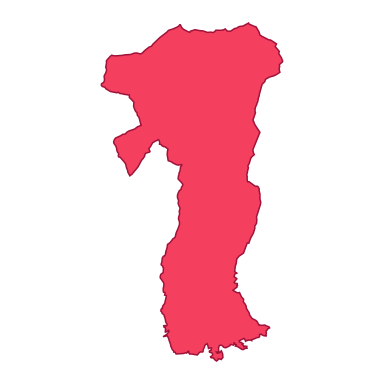 Maieru, Bistrita-Nasaud, Romania
{"feature_id": "2599482B60553702262624", "entity_name": "Maieru", "entity_type": "district", "adm_level": 2, "iso_a3": "ROU", "parent_name": "Romania", "parent_adm1": "Bistrita-Nasaud", "projection": "albers", "projection_center": [24.741, 47.474], "detail": "fine", "context": "isolated", "style": "filled", "palette": "rose", "viewbox_px": 384, "rotation_deg": 0, "n_neighbors": 0, "source": "geoboundaries", "source_scale": "gbopen_adm2", "svg_char_len": 6024}
<svg xmlns="http://www.w3.org/2000/svg" viewBox="0 0 384 384"><path d="M221.4,359.5L221.8,358.6L222.9,357.6L222.7,354.1L221.4,350.8L220.6,351.4L220.0,352.4L218.7,353.0L217.4,353.3L216.3,352.0L217.3,352.0L218.8,351.4L218.5,347.9L219.1,346.4L219.2,345.6L220.4,345.2L221.7,345.3L223.4,346.7L223.4,347.1L225.0,347.7L226.2,347.6L229.9,345.7L230.4,344.4L233.5,345.1L233.9,344.8L234.0,342.8L234.3,342.8L235.0,344.3L236.2,344.5L235.4,346.1L237.6,346.6L242.0,349.5L243.5,349.5L245.2,348.4L247.0,348.2L246.7,347.3L246.9,346.4L244.9,346.1L244.0,346.8L243.4,345.3L242.3,344.6L242.1,344.2L243.0,343.7L241.3,342.5L239.5,342.1L239.6,341.4L239.2,340.8L243.9,338.4L244.2,338.6L243.9,338.8L245.1,340.0L245.6,341.3L247.1,340.3L247.5,340.5L248.0,340.1L250.6,340.1L251.8,340.7L252.1,339.4L254.0,339.0L256.9,337.6L258.9,337.4L259.8,336.0L259.4,334.6L261.1,334.1L261.5,334.6L264.2,335.9L265.1,335.5L266.0,336.1L266.3,335.7L266.0,335.1L266.4,333.0L266.0,331.9L266.3,330.7L267.2,330.0L267.6,329.0L269.6,327.9L269.1,326.9L265.1,325.4L264.9,325.0L262.5,325.3L259.4,325.2L259.5,324.9L258.6,324.4L257.2,321.7L255.9,320.4L252.1,318.5L249.6,315.0L249.3,313.2L246.5,308.5L246.1,306.0L245.1,304.0L243.4,302.1L243.6,299.2L241.5,296.9L239.5,292.5L238.4,292.8L236.9,292.6L232.9,290.3L237.1,287.0L236.8,285.8L237.4,285.5L237.2,285.2L237.4,283.8L237.1,283.4L235.2,283.4L234.1,282.2L236.8,278.9L236.8,278.5L234.1,276.8L234.4,276.3L234.4,275.1L235.1,273.9L236.8,273.1L234.7,271.7L235.3,266.0L236.2,263.7L236.6,260.0L237.0,258.6L239.1,256.1L243.5,253.1L247.2,243.1L247.7,242.8L248.8,243.2L250.5,238.4L253.4,233.1L254.9,228.2L254.7,226.2L256.5,223.4L256.9,219.4L256.5,218.2L256.6,216.6L260.6,203.9L260.7,201.5L260.0,199.5L259.9,193.3L259.5,192.6L259.2,190.6L259.2,189.0L258.4,187.1L257.3,186.2L255.3,186.3L249.0,181.7L247.8,181.8L247.4,181.3L247.1,178.7L247.2,176.4L246.7,174.6L247.4,172.8L247.4,171.8L248.4,167.7L247.9,166.3L248.1,165.4L249.2,163.5L250.8,158.2L252.2,156.4L254.3,154.7L253.4,152.8L252.9,150.1L253.2,148.9L259.9,132.3L255.0,124.9L253.0,120.0L255.5,112.6L255.0,111.5L255.1,108.8L255.8,106.3L256.7,104.6L257.2,102.6L257.6,102.2L258.6,97.3L259.0,96.5L259.3,94.6L262.1,84.2L264.7,81.8L265.5,79.3L269.6,77.0L273.7,75.9L276.4,74.6L279.9,72.3L279.1,69.1L279.7,66.3L279.3,65.0L279.8,64.2L282.5,61.9L282.6,60.5L282.0,59.7L281.6,58.1L278.7,53.5L279.3,51.4L275.2,46.6L276.5,43.9L270.6,40.0L268.9,39.9L261.9,36.3L259.9,34.9L259.1,32.1L256.1,26.9L254.4,26.4L249.1,24.1L248.6,23.0L243.1,26.0L239.1,26.6L236.0,28.4L234.8,28.4L230.5,31.2L227.3,31.1L225.2,28.9L223.6,29.8L220.9,30.3L215.8,30.2L214.4,31.9L212.8,32.5L210.8,32.1L207.5,32.4L203.0,30.9L199.7,30.6L195.1,29.7L190.3,31.2L189.8,32.3L187.8,31.6L183.3,29.2L181.7,27.6L180.4,24.8L179.6,24.8L178.9,25.9L177.4,27.0L172.8,29.0L168.4,30.4L166.9,32.1L159.9,37.5L152.9,44.2L151.5,46.2L149.1,47.1L145.8,49.6L143.4,51.8L143.0,52.5L141.6,53.4L140.3,53.9L136.9,53.0L134.3,53.1L131.2,54.3L129.3,54.6L125.1,54.8L122.8,55.3L116.7,55.8L113.8,55.8L111.7,55.2L110.1,56.5L107.3,59.6L106.4,60.9L106.5,62.9L105.7,67.3L106.6,69.5L106.3,71.3L105.1,74.3L104.6,74.9L104.1,76.3L104.5,79.6L104.4,80.5L104.0,81.8L103.1,82.8L101.8,83.5L101.4,84.1L101.4,85.5L102.3,86.5L104.9,87.3L105.9,88.8L110.4,91.5L117.0,92.8L117.4,92.4L118.2,92.3L120.1,93.6L121.6,93.6L123.6,94.2L129.3,95.1L129.4,97.6L131.5,99.5L133.9,102.2L133.6,106.1L134.4,108.8L135.6,111.4L136.7,112.5L137.1,113.4L137.3,115.2L138.7,117.0L139.3,118.4L140.9,124.8L141.2,125.0L141.2,125.3L140.5,125.3L139.7,126.1L137.9,126.5L134.5,129.1L128.6,131.1L126.5,132.5L125.4,134.0L122.8,134.3L120.7,135.7L115.6,138.0L114.4,139.6L113.6,142.0L113.9,143.3L115.9,146.2L116.7,148.8L116.8,150.2L117.4,152.0L118.4,153.2L118.6,154.2L118.3,155.8L118.6,156.9L120.1,157.2L124.7,162.5L125.8,164.5L126.6,168.1L127.6,170.3L127.8,172.0L129.8,175.8L132.0,174.2L138.0,166.9L141.6,160.2L143.2,158.4L144.6,156.2L144.9,154.6L145.6,153.3L149.7,152.0L150.0,151.4L148.8,148.7L150.4,146.7L152.6,142.8L155.4,141.1L157.4,140.3L158.0,139.7L158.4,139.6L158.9,140.1L159.5,141.6L159.7,142.6L159.5,144.2L161.2,144.6L162.3,146.0L164.0,146.7L165.0,146.7L168.0,149.1L167.4,151.6L167.2,154.9L168.2,160.7L171.8,162.0L172.3,162.6L174.1,163.6L176.7,164.8L178.6,165.1L181.3,164.5L181.9,165.0L180.6,166.7L180.0,171.0L179.0,173.1L179.1,174.1L178.5,175.6L178.1,178.4L178.2,179.1L181.2,182.2L182.8,184.3L182.4,186.1L181.4,187.3L181.0,189.5L179.4,190.5L178.1,193.2L177.4,195.5L177.5,197.8L178.6,200.6L178.1,203.1L178.5,204.6L179.8,207.5L180.0,209.0L179.2,211.1L179.6,214.1L178.5,217.7L178.6,219.4L179.4,221.6L179.5,224.4L178.3,227.9L176.2,232.8L175.1,237.3L172.6,239.1L171.8,240.4L169.8,242.8L167.5,244.4L167.0,247.9L165.7,252.1L166.0,252.2L165.2,255.0L163.9,256.3L163.4,256.2L162.2,258.1L161.9,261.8L161.1,264.2L161.3,265.0L162.9,266.4L162.9,267.2L163.4,267.8L163.2,272.5L161.0,274.2L160.3,275.8L160.2,277.8L163.5,282.5L164.0,284.6L163.2,288.7L163.2,290.4L163.5,292.2L164.9,292.5L165.0,293.6L164.6,295.1L165.9,295.3L166.4,295.8L164.7,303.4L163.0,305.6L162.4,307.2L162.4,308.5L161.9,308.5L161.0,309.4L160.9,311.2L162.0,312.3L162.0,313.2L164.1,315.1L164.4,316.0L164.3,316.7L164.7,317.0L165.5,320.2L165.6,321.7L167.1,324.5L167.1,325.1L166.4,325.8L165.4,325.5L163.7,325.7L164.1,327.2L165.0,327.1L165.5,328.9L165.4,329.1L165.7,329.3L165.3,330.9L165.6,331.3L165.2,331.9L165.6,332.2L168.5,330.4L169.0,331.4L167.0,334.2L163.0,336.7L167.3,335.8L168.6,338.5L169.2,340.7L170.4,343.9L170.9,346.4L172.3,349.6L173.6,351.0L173.9,352.2L175.2,352.2L176.1,354.0L183.4,353.5L185.8,352.8L186.3,353.1L187.4,352.4L187.7,351.5L188.2,351.3L188.6,351.4L188.2,351.9L188.4,352.8L189.3,353.1L189.5,353.8L189.9,354.1L191.7,354.0L197.3,355.0L199.1,352.8L199.7,352.4L200.6,351.9L202.7,352.0L203.0,351.6L203.3,349.6L204.6,346.6L204.9,345.3L207.0,343.6L207.9,345.7L208.5,348.5L209.9,347.9L211.5,348.0L211.1,349.2L211.3,350.2L209.8,350.7L209.3,351.3L209.5,352.2L211.9,352.9L212.6,353.9L212.5,355.4L210.5,356.8L210.8,357.5L211.7,357.9L213.4,357.9L214.6,359.6L216.5,361.0L217.8,360.1L218.3,358.7L221.4,359.5Z" fill="#f43f5e" stroke="#9f1239" stroke-width="1.5"/></svg>